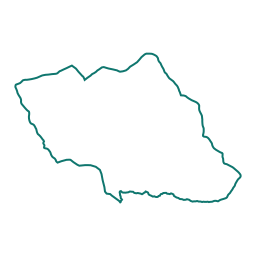 Uesu, Ha, Bhutan
{"feature_id": "84629894B5196630315403", "entity_name": "Uesu", "entity_type": "district", "adm_level": 2, "iso_a3": "BTN", "parent_name": "Bhutan", "parent_adm1": "Ha", "projection": "mercator", "projection_center": [89.324, 27.345], "detail": "fine", "context": "isolated", "style": "outline", "palette": "teal", "viewbox_px": 256, "rotation_deg": 0, "n_neighbors": 0, "source": "geoboundaries", "source_scale": "gbopen_adm2", "svg_char_len": 4788}
<svg xmlns="http://www.w3.org/2000/svg" viewBox="0 0 256 256"><path d="M15.9,84.7L15.6,85.2L15.4,86.3L15.4,87.0L15.9,88.2L16.5,89.5L17.1,91.2L17.5,92.9L18.4,94.7L19.2,96.0L20.4,97.9L20.9,99.2L21.1,100.2L21.0,101.8L21.2,102.9L21.5,103.7L22.2,104.6L24.7,107.6L26.3,109.4L27.5,110.6L28.6,111.3L29.0,111.8L29.2,112.8L29.2,114.2L28.9,116.7L29.0,118.6L29.3,120.1L29.7,121.4L30.2,122.5L30.9,123.4L31.4,123.7L32.9,124.3L33.8,124.9L34.4,125.7L35.0,126.7L35.5,127.8L36.2,129.0L36.6,130.6L36.9,131.9L37.4,133.2L37.9,134.1L38.9,134.9L40.4,136.4L41.7,138.1L42.7,139.5L43.5,140.3L44.0,141.5L43.5,142.3L43.3,143.2L43.7,144.1L44.4,145.2L44.4,145.9L44.0,147.3L44.3,148.0L45.2,148.3L46.8,148.6L47.9,149.2L48.5,149.7L49.0,150.5L49.5,151.1L49.9,151.6L50.4,152.5L50.8,153.8L51.2,154.9L52.1,156.5L52.5,156.9L53.2,157.5L54.1,158.1L54.8,158.6L55.3,159.3L55.8,160.1L55.9,160.7L56.3,161.4L56.8,162.0L57.6,162.6L61.4,161.2L66.6,159.8L69.9,159.7L70.6,159.9L73.5,162.2L77.4,164.8L79.3,165.7L85.4,165.1L90.5,165.2L95.8,166.8L99.9,169.9L101.5,174.0L102.7,180.4L104.4,187.1L105.0,191.6L106.6,193.6L110.2,194.1L111.7,195.5L119.1,200.9L120.2,202.3L120.8,201.8L120.8,200.9L122.0,199.7L121.4,198.8L120.8,198.2L120.7,197.3L120.6,196.2L120.1,195.3L120.0,193.9L119.7,192.7L119.7,192.1L119.9,191.5L120.9,191.1L121.6,191.8L122.3,192.4L123.3,192.6L124.4,192.6L125.3,192.7L126.6,192.5L128.3,192.3L129.9,191.5L131.6,191.7L133.1,191.8L134.3,192.9L135.3,193.1L136.3,193.3L137.8,193.0L139.6,193.4L140.6,193.6L142.0,194.2L142.7,193.8L143.7,193.1L144.2,192.7L144.8,192.5L145.6,191.5L146.2,191.7L147.1,192.1L148.0,192.6L148.7,194.4L149.2,194.8L150.2,195.3L151.2,195.7L152.1,196.2L152.9,196.6L154.3,196.3L155.1,196.7L156.1,197.0L156.9,197.0L157.7,196.9L158.6,196.0L159.9,195.7L160.2,195.0L160.9,194.1L161.6,193.9L162.3,193.9L163.3,193.0L165.4,192.9L166.2,192.9L167.1,193.7L168.3,193.8L169.8,194.1L171.0,193.4L172.2,193.8L173.4,194.4L174.0,195.9L176.5,197.5L177.3,197.7L178.4,198.0L179.1,198.5L179.6,198.9L180.7,199.1L181.8,199.1L183.8,199.9L185.9,199.7L186.9,199.2L189.2,199.8L190.6,200.9L192.6,201.6L194.1,201.3L194.9,201.4L196.0,201.3L197.1,201.0L198.6,201.5L199.9,201.5L200.8,201.6L202.1,202.0L202.9,201.8L203.7,201.7L204.6,201.9L206.3,201.9L207.8,201.7L208.9,202.1L209.7,201.9L210.9,201.8L212.2,201.7L214.2,200.9L215.9,200.8L218.0,201.3L218.5,201.0L220.1,200.0L221.2,199.6L223.6,198.9L225.7,198.2L226.3,197.9L227.0,197.3L227.3,196.6L227.7,195.8L228.0,195.1L228.6,194.3L229.7,193.3L230.2,192.7L230.9,191.5L232.3,189.6L232.9,188.5L233.3,187.7L234.1,186.7L234.5,186.2L234.9,185.4L235.2,184.3L235.5,183.6L236.0,182.7L236.8,181.3L238.0,179.4L239.2,178.3L240.2,177.3L240.6,176.4L240.6,175.3L240.4,174.7L240.1,174.2L238.9,172.7L237.9,171.7L233.5,167.9L232.4,167.1L226.8,164.2L225.5,163.9L224.5,163.6L224.0,163.2L223.6,162.4L223.4,161.9L223.3,161.3L223.2,159.6L223.1,158.6L222.5,156.9L222.6,153.8L222.2,153.1L219.9,152.1L216.0,149.8L213.9,148.2L213.5,147.6L212.9,146.7L212.5,145.8L212.2,145.0L212.0,143.8L211.4,142.5L210.7,141.6L210.2,140.8L209.3,139.4L208.3,138.2L207.3,137.4L206.2,136.9L205.3,136.8L203.9,136.6L203.1,136.0L203.0,135.0L203.3,133.9L203.6,132.3L203.7,131.3L203.7,128.7L203.5,127.8L203.2,127.1L202.7,125.7L202.5,124.4L202.4,123.2L202.3,121.5L202.3,119.9L202.3,119.1L202.1,118.0L202.1,117.4L202.0,116.8L201.9,115.8L201.3,114.4L200.1,112.1L199.4,110.5L199.2,109.6L199.1,108.5L199.2,105.7L198.9,104.8L198.6,104.3L198.0,103.6L197.6,103.2L196.7,102.5L196.0,102.1L194.7,101.5L191.7,100.2L188.8,98.5L187.5,97.6L186.6,96.9L186.0,96.3L185.4,96.0L184.4,95.7L183.7,95.5L181.8,95.4L180.9,95.3L180.2,93.2L179.7,91.8L179.2,90.9L178.8,89.5L178.6,88.9L178.2,88.0L177.8,87.0L177.0,85.7L175.5,84.1L174.9,83.4L174.2,82.4L173.2,81.2L170.4,79.1L169.4,78.4L168.7,77.5L167.2,75.2L166.7,74.2L166.2,73.6L164.9,72.5L164.4,71.6L164.2,71.0L163.8,69.8L163.3,68.7L162.7,67.7L162.2,66.9L161.7,65.9L161.3,65.1L160.9,64.1L160.4,63.1L159.2,61.8L158.7,61.0L158.4,60.3L158.2,59.7L158.1,58.9L157.9,58.1L157.1,56.9L156.5,56.1L155.4,55.4L153.5,54.4L151.8,53.8L150.3,53.7L148.3,53.7L146.2,53.7L144.7,54.4L143.5,55.4L141.5,57.1L139.6,59.4L137.1,62.2L133.5,64.6L130.1,66.7L128.0,68.9L125.9,70.4L122.9,71.3L120.0,71.7L118.4,71.1L117.1,70.4L112.9,69.4L108.5,68.5L106.1,67.8L104.2,67.2L103.6,67.1L101.9,67.4L99.4,69.2L97.2,70.6L96.3,71.6L94.3,73.0L92.1,74.1L90.6,75.6L87.4,77.8L84.7,79.9L84.2,78.6L83.2,76.6L82.3,76.0L80.7,74.2L78.5,71.8L76.2,68.9L75.7,68.4L73.2,66.6L71.9,65.6L69.9,66.5L66.6,68.1L63.5,69.5L60.6,70.9L59.7,71.2L59.2,71.6L58.2,72.5L57.5,73.2L56.6,73.6L55.7,73.8L53.6,74.0L52.1,74.1L50.6,74.3L48.4,74.6L45.6,74.8L43.4,75.2L42.1,75.5L41.2,75.9L38.9,76.9L37.1,77.7L34.6,78.4L31.5,79.1L29.1,79.5L26.9,79.8L25.2,79.8L24.0,80.0L22.8,80.4L21.6,81.7L20.7,82.5L20.0,83.1L18.5,83.7L17.2,84.2L16.5,84.4L15.9,84.7Z" fill="none" stroke="#0f766e" stroke-width="2"/></svg>